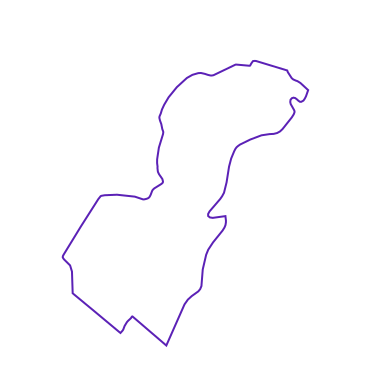 White Nile, Mercator projection, rotated 40°
{"feature_id": "SDN-879", "entity_name": "White Nile", "entity_type": "State", "adm_level": 1, "iso_a3": "SDN", "parent_name": "Sudan", "parent_adm1": "", "projection": "mercator", "projection_center": [32.247, 13.605], "detail": "fine", "context": "isolated", "style": "outline", "palette": "violet", "viewbox_px": 384, "rotation_deg": 40, "n_neighbors": 0, "source": "natural_earth", "source_scale": "10m", "svg_char_len": 2129}
<svg xmlns="http://www.w3.org/2000/svg" viewBox="0 0 384 384"><g transform="rotate(40 192 192)"><path d="M271.0,326.1L226.4,325.6L226.1,326.0L226.1,326.5L226.2,327.0L226.3,327.6L226.2,328.9L225.9,331.2L225.8,332.4L225.8,333.6L226.5,338.0L227.7,341.4L227.9,342.5L227.9,343.7L227.8,346.0L196.8,346.1L165.7,346.3L151.2,330.1L145.8,326.6L137.5,325.9L136.1,325.6L134.8,325.0L134.2,323.8L133.9,322.3L129.0,289.6L124.8,257.7L124.7,253.9L125.1,253.1L127.2,250.6L136.3,242.3L151.2,232.3L159.3,229.1L159.9,228.6L160.5,227.9L161.6,226.4L162.2,225.3L162.5,224.5L162.6,223.9L162.6,223.3L162.6,222.7L162.1,220.6L160.9,217.2L160.6,216.1L160.6,215.0L160.8,213.4L163.4,205.4L163.6,204.0L163.5,203.4L163.3,203.0L163.0,202.6L162.6,202.3L161.1,201.2L160.6,201.0L155.4,199.6L153.2,198.6L152.5,198.1L150.1,195.8L149.3,194.7L146.7,192.3L144.3,189.4L138.1,179.3L132.6,166.3L131.6,164.7L131.3,164.4L130.9,164.1L128.8,162.9L124.8,159.7L121.5,157.8L119.5,156.3L119.2,156.0L118.9,155.6L118.5,154.9L118.2,153.9L117.6,151.9L116.0,148.2L114.6,143.0L113.2,134.5L113.0,121.4L114.7,108.6L114.8,107.9L117.0,102.0L120.4,96.9L121.8,95.6L122.5,95.0L126.0,93.2L128.8,92.1L131.0,91.0L131.8,90.5L132.5,89.8L133.4,88.7L143.3,66.8L143.6,66.3L144.2,65.8L154.8,58.4L155.2,58.0L155.2,57.4L154.9,56.1L154.7,54.5L154.6,52.5L155.6,51.4L156.8,50.5L186.8,37.7L188.4,38.6L195.2,40.7L196.1,40.7L197.2,40.7L200.0,39.9L201.5,39.3L205.0,38.8L215.5,39.3L217.8,45.4L218.4,48.0L218.6,50.4L217.7,52.7L216.7,53.5L214.9,53.7L212.9,53.6L210.7,53.7L209.1,54.5L208.2,56.0L208.2,58.0L209.4,59.9L211.1,61.2L217.5,63.6L218.6,64.2L219.3,65.1L220.0,67.1L220.5,70.7L220.9,85.6L220.5,89.0L219.3,92.1L217.2,95.0L214.2,97.8L208.8,103.9L202.9,114.4L198.3,124.8L197.7,127.2L197.4,129.0L197.5,130.9L198.1,133.6L200.5,141.2L204.1,148.8L212.3,162.4L217.0,172.0L217.8,175.9L218.1,179.3L217.9,195.6L218.5,198.5L219.8,200.0L222.0,200.0L224.5,198.5L233.1,189.0L236.4,192.1L237.6,193.6L238.9,195.8L239.7,198.3L240.2,201.8L240.5,217.0L241.5,225.7L243.2,231.0L250.0,244.4L259.7,258.0L260.7,261.2L260.7,264.1L258.7,271.9L258.0,277.1L258.5,282.9L271.0,326.1Z" fill="none" stroke="#5b21b6" stroke-width="2"/></g></svg>